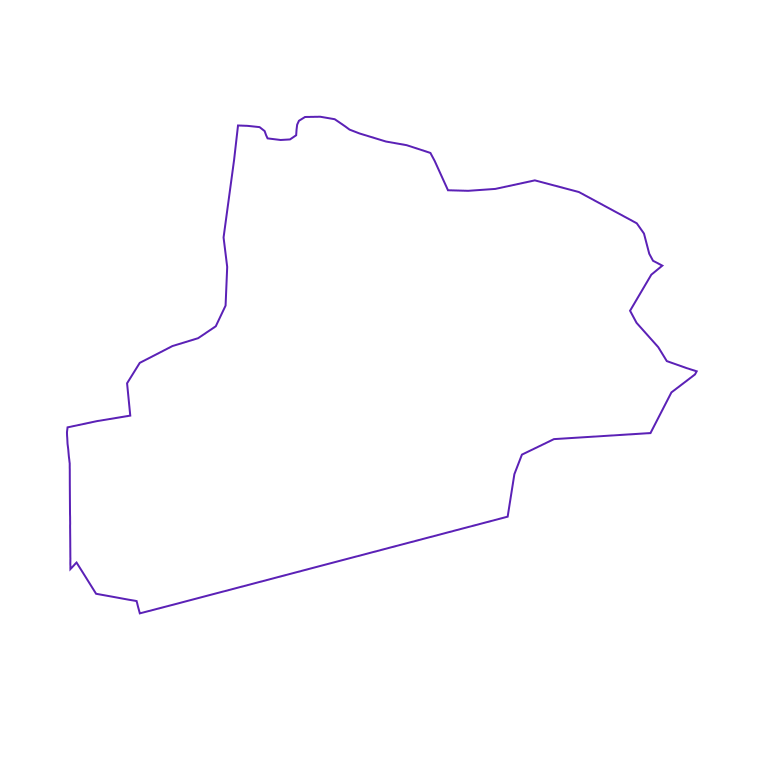 Kas, Southern Darfur, Sudan, rotated 277°
{"feature_id": "16777658B26815240232488", "entity_name": "Kas", "entity_type": "district", "adm_level": 2, "iso_a3": "SDN", "parent_name": "Sudan", "parent_adm1": "Southern Darfur", "projection": "orthographic", "projection_center": [24.119, 12.446], "detail": "fine", "context": "isolated", "style": "outline", "palette": "violet", "viewbox_px": 768, "rotation_deg": 277, "n_neighbors": 0, "source": "geoboundaries", "source_scale": "gbopen_adm2", "svg_char_len": 1763}
<svg xmlns="http://www.w3.org/2000/svg" viewBox="0 0 768 768"><g transform="rotate(277 384 384)"><path d="M604.5,508.9L591.2,470.7L586.0,444.0L584.1,423.9L611.6,407.1L616.0,404.0L619.0,401.9L623.8,377.4L624.9,356.4L629.7,329.1L632.3,318.8L634.9,314.2L638.4,307.5L640.8,302.8L641.1,296.7L641.5,288.1L639.4,273.1L634.9,267.5L630.8,266.2L625.9,266.2L620.2,266.5L615.3,260.9L613.6,251.7L613.6,238.5L616.5,236.7L620.5,234.7L623.8,229.2L623.6,217.2L622.8,207.6L588.1,207.9L509.9,206.9L481.1,214.1L442.5,217.2L420.8,210.0L406.8,193.9L395.9,169.4L375.2,139.0L353.4,128.9L321.7,136.0L312.2,103.7L302.4,75.2L302.2,75.2L300.4,75.2L298.3,75.2L297.8,75.2L297.7,75.2L296.8,75.3L293.7,75.8L292.3,76.1L291.2,76.3L286.0,77.2L282.1,78.2L280.0,78.7L279.5,78.8L279.0,78.9L277.6,79.2L277.1,79.3L273.4,80.1L270.3,80.9L269.8,81.0L267.7,81.5L267.1,81.7L264.8,82.0L262.3,82.3L261.1,82.5L259.5,82.7L246.0,84.4L216.7,88.2L213.4,88.7L210.2,89.1L208.8,89.3L206.5,89.6L206.1,89.6L203.6,89.9L201.5,90.2L199.1,90.5L191.6,91.5L185.4,92.3L184.5,92.4L182.4,92.7L173.8,93.8L172.6,94.0L171.5,94.1L170.5,94.2L170.2,94.3L169.8,94.3L168.8,94.4L168.0,94.5L167.1,94.6L165.9,94.8L164.7,95.0L163.5,95.1L162.1,95.3L163.2,96.1L164.0,96.8L164.4,97.0L166.0,98.2L166.9,98.8L168.3,99.8L168.7,100.1L169.3,100.6L158.0,109.8L140.7,123.8L139.8,139.8L138.8,156.7L138.5,163.6L138.4,164.3L138.4,164.5L138.4,164.9L137.3,165.3L136.7,165.6L135.3,166.1L132.7,167.1L127.6,169.2L126.6,169.6L141.1,206.3L144.2,214.0L267.4,522.9L310.4,524.4L330.7,529.5L350.0,559.4L367.8,654.5L410.7,670.3L431.4,691.5L434.7,692.8L436.7,682.2L441.2,661.9L454.0,651.7L475.5,627.2L486.7,619.3L525.1,636.0L535.4,645.8L539.1,636.0L545.6,631.4L565.0,623.7L574.3,615.3L598.3,554.0L604.5,508.9Z" fill="none" stroke="#5b21b6" stroke-width="2"/></g></svg>